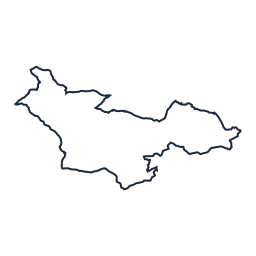 the district of Sovarna, Mehedinti, Romania
{"feature_id": "2599482B60135611715563", "entity_name": "Sovarna", "entity_type": "district", "adm_level": 2, "iso_a3": "ROU", "parent_name": "Romania", "parent_adm1": "Mehedinti", "projection": "orthographic", "projection_center": [22.8, 44.85], "detail": "fine", "context": "isolated", "style": "outline", "palette": "slate", "viewbox_px": 256, "rotation_deg": 0, "n_neighbors": 0, "source": "geoboundaries", "source_scale": "gbopen_adm2", "svg_char_len": 5791}
<svg xmlns="http://www.w3.org/2000/svg" viewBox="0 0 256 256"><path d="M155.0,175.5L153.7,172.3L155.1,170.3L156.3,169.8L156.8,170.2L156.5,167.1L154.3,168.2L153.2,168.5L151.8,169.1L149.2,170.8L147.6,171.4L147.3,170.8L147.3,170.3L147.1,169.7L148.0,169.2L147.9,168.3L148.6,167.1L147.9,165.0L148.8,164.5L149.0,163.4L149.4,162.4L149.4,161.1L149.8,160.8L150.0,159.9L149.4,159.7L148.0,160.0L147.6,159.9L147.0,159.3L144.8,159.2L143.9,156.5L146.3,156.2L152.1,156.1L153.4,155.7L153.9,154.4L156.1,153.5L157.1,153.6L158.3,154.3L160.1,155.8L161.3,155.4L161.6,154.9L163.0,150.9L168.6,148.8L167.7,146.0L168.3,144.7L170.8,142.6L173.5,143.7L174.3,144.3L175.8,145.7L177.7,145.9L179.2,146.6L180.3,146.9L181.1,146.8L181.7,147.0L183.0,146.7L183.5,147.2L184.0,149.4L185.5,150.8L186.4,151.3L188.1,152.9L189.9,154.2L190.4,153.9L192.7,153.2L194.2,153.0L196.9,152.3L198.4,152.7L199.1,153.3L200.2,154.0L200.9,154.1L202.8,153.4L206.9,152.4L208.1,151.7L211.3,147.9L214.2,147.6L215.2,147.4L215.9,147.1L218.1,147.0L219.9,146.4L222.7,146.8L225.1,148.0L227.4,148.5L227.9,149.1L228.4,149.2L229.1,149.5L230.2,149.0L230.6,148.7L230.8,147.6L231.6,147.0L231.2,146.6L231.4,146.0L231.4,144.8L231.3,144.3L231.3,143.1L230.9,142.1L229.9,140.7L229.8,140.3L237.8,136.1L237.7,134.6L237.8,134.0L238.5,133.1L240.1,131.7L240.6,130.9L240.1,130.2L238.5,129.9L237.7,129.3L237.0,128.6L236.5,127.6L236.0,127.3L234.8,127.5L234.3,127.9L233.3,127.4L232.5,127.4L231.3,129.3L229.6,129.4L227.8,129.7L226.5,129.7L225.4,129.5L224.8,128.4L223.8,127.6L221.9,122.9L219.1,118.1L219.0,117.8L216.1,114.1L214.4,112.7L214.0,113.2L214.6,113.8L214.3,113.9L213.5,113.5L213.4,112.9L212.9,113.0L210.6,112.6L209.1,112.6L207.9,111.6L203.8,110.5L200.8,110.5L196.6,108.9L194.6,109.1L194.4,107.7L191.6,106.5L191.9,104.9L188.9,103.2L186.9,103.7L186.4,104.5L185.8,104.4L184.9,104.7L184.6,104.6L184.0,104.8L182.6,104.3L181.7,104.6L181.4,104.2L180.4,103.9L180.8,103.3L178.8,103.4L178.1,102.3L176.8,102.2L176.1,101.5L175.9,101.0L175.2,100.9L174.4,101.9L173.9,102.1L173.5,102.8L172.8,103.1L171.6,104.7L170.8,105.8L170.7,106.6L170.1,107.3L169.8,107.4L169.2,108.3L168.3,108.8L167.0,111.0L166.5,113.9L166.1,114.2L165.9,115.3L165.2,117.4L164.8,118.3L163.9,118.7L163.4,119.2L161.8,119.9L159.0,121.5L157.4,120.2L156.3,120.0L155.1,120.5L153.9,120.5L152.8,119.9L152.3,119.1L151.4,119.0L149.5,118.4L146.6,118.4L145.9,118.2L143.9,118.5L140.8,117.7L137.5,116.3L136.0,116.0L135.1,115.6L130.6,112.9L129.3,112.6L128.0,112.0L127.0,111.8L126.3,111.5L124.8,111.7L124.0,111.2L124.1,110.9L123.2,111.1L122.1,110.8L118.4,111.1L116.4,111.1L115.6,110.8L115.4,110.4L114.3,110.2L113.5,110.3L113.3,110.0L112.9,110.3L112.8,109.9L112.5,110.0L110.9,111.1L109.0,112.0L108.9,112.2L108.9,112.6L108.6,112.7L108.3,112.8L107.9,112.5L106.8,112.1L105.1,112.0L102.1,110.6L101.1,109.5L100.5,109.3L99.7,109.0L99.0,108.9L98.5,109.0L97.5,108.8L95.6,107.9L98.2,106.0L99.2,104.9L100.8,104.0L102.3,102.2L103.6,101.0L103.8,100.7L103.9,99.9L104.5,99.0L105.8,98.0L107.7,97.2L108.9,96.4L109.9,95.5L107.1,95.2L105.3,95.8L104.1,95.6L102.0,95.1L101.0,94.7L100.3,94.2L99.0,93.4L98.4,92.9L96.7,91.6L94.5,90.7L92.7,90.3L88.6,91.2L85.2,91.3L83.0,90.9L80.3,91.1L79.7,91.5L79.2,91.7L77.1,91.9L75.5,92.2L74.4,92.0L72.4,92.3L72.2,92.1L71.8,92.0L71.1,92.1L69.7,91.9L67.1,92.5L66.1,93.3L66.3,91.8L66.3,91.6L65.2,90.3L65.2,90.1L65.6,89.8L65.9,89.0L66.4,88.5L66.0,87.3L65.4,87.2L63.5,85.6L62.9,85.3L62.1,85.1L60.1,85.2L58.0,84.2L57.6,84.0L54.7,80.2L53.2,79.5L53.3,78.5L52.8,77.1L51.6,75.1L51.1,74.1L50.5,71.4L49.9,70.7L48.9,70.2L47.5,69.9L47.0,69.9L45.6,70.3L44.2,70.0L42.7,70.1L41.7,69.5L40.3,68.8L39.0,68.6L38.2,67.7L36.6,66.8L36.3,66.8L34.6,67.5L33.6,68.4L30.6,69.8L30.9,70.5L31.2,72.1L31.9,73.3L33.4,74.6L34.1,74.9L35.0,75.9L36.5,76.7L36.8,76.7L37.8,79.5L38.8,80.9L39.2,81.4L39.6,81.5L39.8,81.9L39.2,82.3L39.6,82.7L38.4,83.7L38.1,84.3L38.0,86.1L38.1,87.0L38.0,87.7L37.2,88.2L36.9,89.2L36.9,89.8L36.3,89.9L35.4,89.5L33.8,89.6L32.0,89.5L31.3,89.8L30.6,89.7L29.8,90.1L29.5,90.5L29.2,92.2L28.6,92.7L28.6,93.2L28.2,93.3L28.2,93.6L28.1,94.1L26.7,95.0L24.4,97.4L23.2,97.8L18.9,100.6L17.9,101.9L17.4,102.3L17.2,102.7L15.7,103.6L15.4,104.0L15.4,104.4L17.8,104.5L18.5,104.4L19.0,104.1L21.2,103.4L22.1,103.6L23.4,104.6L24.0,104.8L25.7,104.7L26.4,104.9L27.3,106.5L28.9,108.0L28.9,109.8L29.3,110.4L30.2,112.4L32.1,113.6L32.4,113.9L32.5,114.2L32.9,114.5L34.5,115.1L34.9,115.7L35.3,116.0L37.3,115.9L37.6,116.1L39.6,118.6L40.6,120.3L40.9,120.7L43.2,121.5L43.5,121.8L44.1,123.3L44.2,124.0L44.7,124.5L45.5,125.1L46.7,125.3L47.6,125.8L48.0,125.8L48.6,126.0L50.1,127.7L50.4,128.5L50.3,129.0L51.7,129.8L52.6,130.1L54.7,131.3L56.8,133.5L58.1,135.3L58.9,135.9L60.8,138.9L61.0,139.8L61.0,140.8L61.4,141.7L61.4,142.5L61.1,144.5L60.6,145.2L60.2,146.5L59.6,146.8L59.6,147.0L61.1,150.2L62.4,151.2L63.8,151.7L63.9,152.1L64.9,152.5L65.2,152.8L64.3,153.2L65.2,155.0L64.9,156.0L64.0,157.6L62.9,158.8L62.1,161.0L61.8,163.2L61.9,164.7L61.6,165.5L61.6,166.0L62.2,168.4L63.5,168.6L64.6,168.3L65.7,168.4L67.5,168.2L72.0,169.4L76.2,169.6L77.1,169.9L77.7,170.4L78.9,170.5L79.8,171.1L80.7,170.8L82.7,171.1L83.7,171.6L86.8,171.8L88.0,172.1L90.1,172.2L90.3,172.4L91.2,172.3L91.7,172.4L91.9,172.2L92.9,172.0L93.2,171.7L93.8,171.6L95.1,171.2L96.4,171.2L97.7,170.6L98.4,170.6L99.5,169.8L100.4,169.7L101.0,169.2L103.9,168.3L104.3,168.6L105.2,168.4L105.7,168.8L105.9,168.7L108.0,170.6L109.7,171.7L113.7,173.8L115.7,175.3L116.6,176.6L116.7,178.9L116.6,179.7L116.7,180.5L116.9,181.0L116.8,181.7L120.4,183.5L120.9,185.4L121.0,187.1L121.3,187.4L123.5,188.4L123.6,188.7L124.0,189.2L125.2,189.0L127.6,188.2L129.2,186.3L130.2,185.7L131.6,185.4L132.0,185.1L133.2,184.9L136.1,183.3L137.8,182.9L139.3,182.8L140.3,182.4L142.1,182.0L143.2,181.6L144.2,180.5L147.9,180.7L150.5,180.6L151.7,177.9L152.4,176.9L153.0,176.6L154.0,176.3L155.0,175.5Z" fill="none" stroke="#1e293b" stroke-width="2"/></svg>